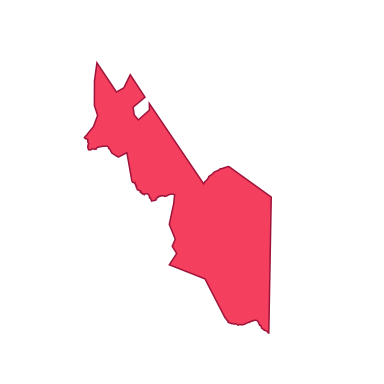 outline of Imbonggu District, Southern Highlands, Papua New Guinea, rotated 57°
{"feature_id": "67681753B40256229749398", "entity_name": "Imbonggu District", "entity_type": "district", "adm_level": 2, "iso_a3": "PNG", "parent_name": "Papua New Guinea", "parent_adm1": "Southern Highlands", "projection": "orthographic", "projection_center": [143.894, -6.148], "detail": "fine", "context": "isolated", "style": "filled", "palette": "rose", "viewbox_px": 384, "rotation_deg": 57, "n_neighbors": 0, "source": "geoboundaries", "source_scale": "gbopen_adm2", "svg_char_len": 2079}
<svg xmlns="http://www.w3.org/2000/svg" viewBox="0 0 384 384"><g transform="rotate(57 192 192)"><path d="M352.1,204.4L284.4,158.7L239.4,128.3L204.8,141.8L190.8,147.2L190.0,148.6L189.6,150.9L189.1,151.9L189.0,153.5L188.0,155.3L188.1,158.7L187.4,162.1L187.7,164.0L188.2,166.1L188.1,168.6L188.3,169.8L189.1,170.5L189.5,172.0L189.9,172.3L190.4,175.7L191.5,177.8L94.5,179.6L100.1,183.1L102.3,197.7L95.8,198.5L88.8,195.2L86.9,179.8L60.0,179.9L67.5,192.4L67.0,200.9L31.9,201.4L45.7,213.3L66.2,226.7L76.4,229.5L83.5,239.0L86.6,248.7L87.0,249.2L87.1,250.4L87.8,252.7L89.6,252.2L89.9,251.5L91.2,250.8L93.1,252.1L95.0,252.3L96.2,253.9L98.0,255.2L100.3,255.7L101.5,254.2L101.5,252.5L102.4,250.8L103.2,250.4L103.8,249.0L103.2,248.2L103.1,246.9L104.9,242.3L105.9,240.5L107.2,238.2L108.7,237.6L110.1,238.1L111.5,237.6L113.1,237.9L116.1,237.9L122.6,234.8L123.6,225.2L149.7,236.3L151.5,236.6L152.5,235.7L152.9,234.7L153.9,235.5L154.7,235.0L156.2,235.8L156.6,235.3L158.1,236.3L159.3,236.2L160.2,236.6L161.2,236.1L162.6,234.9L163.8,235.3L163.5,234.6L165.5,234.8L165.9,234.5L166.9,234.5L167.6,233.7L168.2,233.5L167.8,232.8L168.4,231.5L169.9,230.0L171.5,229.8L172.6,230.3L173.3,230.4L173.8,230.8L174.5,230.2L177.6,230.8L177.6,230.0L178.3,229.3L179.1,226.7L178.3,226.1L178.5,225.3L177.9,225.0L177.5,223.8L178.1,222.8L177.6,221.9L178.3,220.9L178.4,219.5L179.0,219.3L179.3,218.5L180.0,217.3L180.6,217.4L181.3,216.4L181.5,215.2L181.5,214.2L181.7,212.9L182.4,210.6L182.9,209.8L183.8,208.8L184.9,208.1L192.0,213.9L206.8,228.7L222.4,231.7L226.8,238.2L235.2,238.3L240.7,250.7L272.0,228.4L274.8,228.7L277.6,229.0L315.6,232.8L316.0,232.5L318.1,232.6L319.1,232.2L320.4,232.6L321.8,232.2L322.1,231.8L324.3,230.2L324.6,229.3L325.8,228.6L326.4,227.0L328.8,225.8L329.2,223.9L330.7,222.5L331.7,219.3L331.6,218.3L332.2,215.4L332.7,214.8L332.4,214.2L332.8,212.9L332.6,211.9L333.3,211.4L333.6,209.2L335.1,207.6L336.3,207.2L339.1,207.6L340.8,207.8L341.8,206.9L343.8,207.8L346.1,207.0L346.4,206.6L347.3,206.7L349.1,205.1L350.8,204.9L351.9,204.7L352.1,204.4Z" fill="#f43f5e" stroke="#9f1239" stroke-width="1.5"/></g></svg>